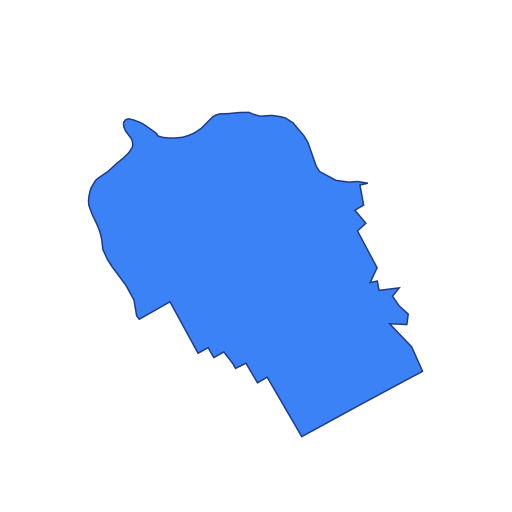 Harrison, Indiana, United States of America (Albers equal-area conic projection), rotated 150°
{"feature_id": "52423323B9300257868576", "entity_name": "Harrison", "entity_type": "district", "adm_level": 2, "iso_a3": "USA", "parent_name": "United States of America", "parent_adm1": "Indiana", "projection": "albers", "projection_center": [-86.093, 38.19], "detail": "fine", "context": "isolated", "style": "filled", "palette": "blue", "viewbox_px": 512, "rotation_deg": 150, "n_neighbors": 0, "source": "geoboundaries", "source_scale": "gbopen_adm2", "svg_char_len": 1415}
<svg xmlns="http://www.w3.org/2000/svg" viewBox="0 0 512 512"><g transform="rotate(150 256 256)"><path d="M327.9,406.2L329.4,406.0L342.1,403.2L353.1,402.4L357.4,401.6L359.5,400.4L361.0,399.5L364.8,397.4L367.8,394.6L370.6,391.5L373.5,387.5L374.5,385.4L375.4,383.4L376.0,380.6L377.1,373.6L377.9,363.2L378.7,357.2L379.5,353.6L381.1,348.1L385.4,338.0L386.4,326.9L386.0,318.4L383.3,295.6L383.7,278.9L389.3,263.8L388.7,259.6L353.4,259.4L354.8,200.7L343.3,200.6L343.3,189.1L331.8,189.0L329.9,174.4L329.9,168.9L318.3,168.2L318.1,145.4L306.9,145.5L306.7,76.7L239.4,75.1L169.4,72.9L166.6,99.5L174.2,130.6L159.6,121.2L153.2,129.6L157.0,141.3L157.9,152.9L147.9,156.8L166.6,164.7L163.5,173.7L170.4,175.9L157.0,185.3L155.6,227.0L144.5,229.4L147.5,246.2L137.3,246.3L130.5,265.5L122.7,263.1L130.6,269.6L138.7,273.6L148.8,281.4L158.7,297.3L159.0,303.4L154.3,328.3L154.3,335.6L157.4,352.8L161.3,360.5L161.6,360.9L165.1,364.4L172.1,369.9L182.6,375.0L187.2,379.8L190.4,384.0L199.1,388.8L208.7,393.1L216.1,397.1L220.3,398.2L223.4,398.3L239.7,393.9L248.0,393.4L253.8,394.0L260.1,395.5L267.8,399.0L272.9,402.0L277.5,405.4L280.4,408.5L281.3,409.7L280.7,411.3L282.8,416.2L287.0,425.3L288.9,428.7L293.8,434.8L297.2,438.1L299.2,439.0L301.0,439.1L303.6,438.1L304.9,436.2L305.9,433.9L306.5,429.4L305.4,420.9L305.5,418.0L307.1,413.9L308.9,411.9L314.4,409.1L321.6,407.2L327.9,406.2Z" fill="#3b82f6" stroke="#1e3a8a" stroke-width="1.5"/></g></svg>